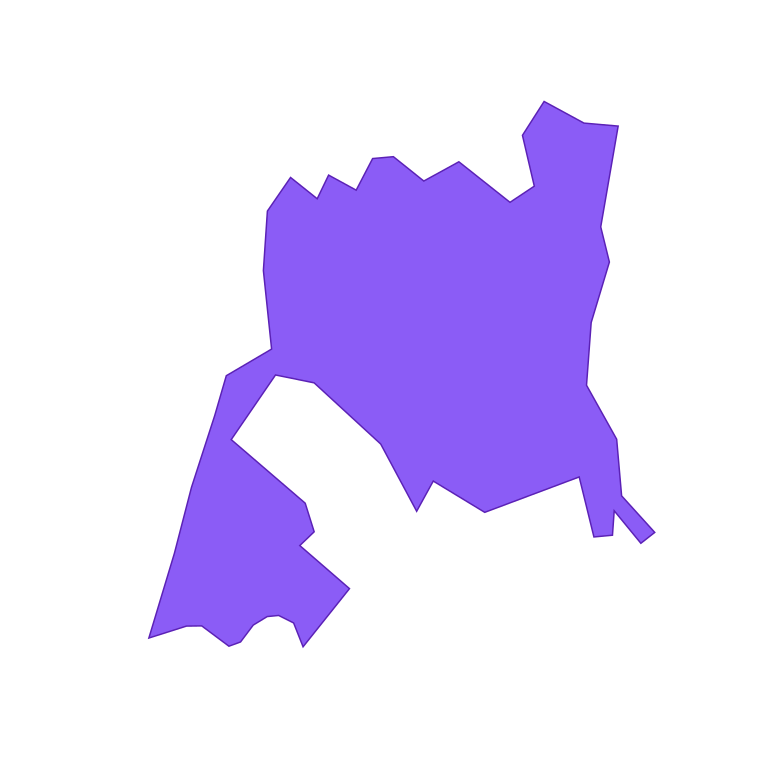 Djalalkuduk, Andijon, Uzbekistan (Albers equal-area conic projection), rotated 76°
{"feature_id": "79887680B24137157284199", "entity_name": "Djalalkuduk", "entity_type": "district", "adm_level": 2, "iso_a3": "UZB", "parent_name": "Uzbekistan", "parent_adm1": "Andijon", "projection": "albers", "projection_center": [72.656, 40.749], "detail": "fine", "context": "isolated", "style": "filled", "palette": "violet", "viewbox_px": 768, "rotation_deg": 76, "n_neighbors": 0, "source": "geoboundaries", "source_scale": "gbopen_adm2", "svg_char_len": 829}
<svg xmlns="http://www.w3.org/2000/svg" viewBox="0 0 768 768"><g transform="rotate(76 384 384)"><path d="M167.9,387.2L188.1,404.0L161.0,424.7L188.0,455.3L244.8,473.6L322.9,484.6L337.8,535.0L373.7,555.9L437.7,595.8L497.7,628.4L573.6,673.6L571.1,634.3L574.6,619.4L600.9,597.9L599.6,585.6L586.3,569.2L581.4,553.6L583.1,542.2L594.0,529.5L619.4,526.1L574.2,467.0L520.4,504.8L510.5,487.5L480.6,489.3L401.0,545.7L349.0,487.1L366.0,451.5L441.5,401.7L515.4,383.1L490.1,359.7L532.9,317.3L521.4,217.1L583.2,217.3L586.0,198.9L562.7,191.3L600.7,173.3L593.5,157.2L550.0,180.5L493.9,171.6L434.2,187.8L374.5,168.1L320.2,135.8L284.0,135.7L190.4,94.4L179.2,126.9L148.6,160.3L176.2,189.5L228.4,190.3L238.2,217.8L186.5,257.6L196.7,296.3L165.7,319.9L162.5,340.5L189.2,364.1L167.9,387.2Z" fill="#8b5cf6" stroke="#5b21b6" stroke-width="1.5"/></g></svg>